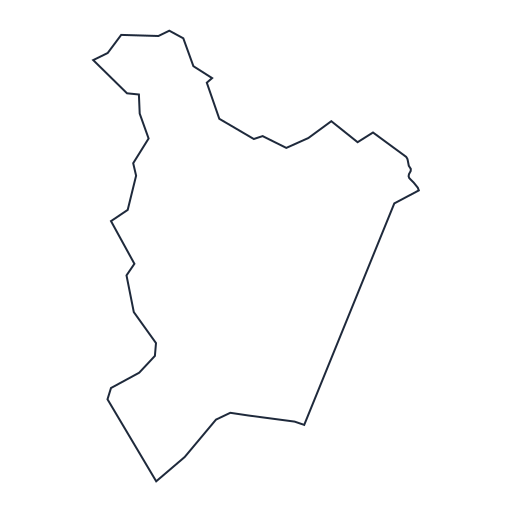 Habersham, Georgia, United States of America
{"feature_id": "52423323B73188542913517", "entity_name": "Habersham", "entity_type": "district", "adm_level": 2, "iso_a3": "USA", "parent_name": "United States of America", "parent_adm1": "Georgia", "projection": "robinson", "projection_center": [-83.51, 34.629], "detail": "fine", "context": "isolated", "style": "outline", "palette": "slate", "viewbox_px": 512, "rotation_deg": 0, "n_neighbors": 0, "source": "geoboundaries", "source_scale": "gbopen_adm2", "svg_char_len": 799}
<svg xmlns="http://www.w3.org/2000/svg" viewBox="0 0 512 512"><path d="M304.2,424.9L394.3,203.4L418.8,190.4L418.7,190.1L417.8,187.7L415.8,185.2L413.7,182.6L410.7,179.6L409.2,178.0L408.6,176.2L409.0,174.1L410.7,171.0L410.8,168.9L408.8,165.8L407.7,160.1L407.3,158.7L406.2,156.9L373.0,132.5L357.6,142.2L331.3,121.2L308.4,138.0L286.3,147.9L262.6,136.1L253.8,139.0L219.3,118.8L206.8,82.7L212.1,78.1L193.4,66.2L183.3,38.3L169.3,30.7L158.4,36.0L121.2,34.9L107.7,53.0L93.2,60.1L127.0,93.3L138.9,94.5L139.7,113.6L148.6,138.5L133.2,163.2L136.1,175.7L127.7,209.9L111.0,221.1L134.4,263.8L126.5,275.4L133.8,312.1L156.0,343.1L154.9,355.9L139.2,372.7L111.0,388.0L107.5,399.3L156.2,481.3L184.7,457.0L216.0,419.6L230.3,412.8L248.4,415.5L294.6,421.6L304.2,424.9Z" fill="none" stroke="#1e293b" stroke-width="2"/></svg>